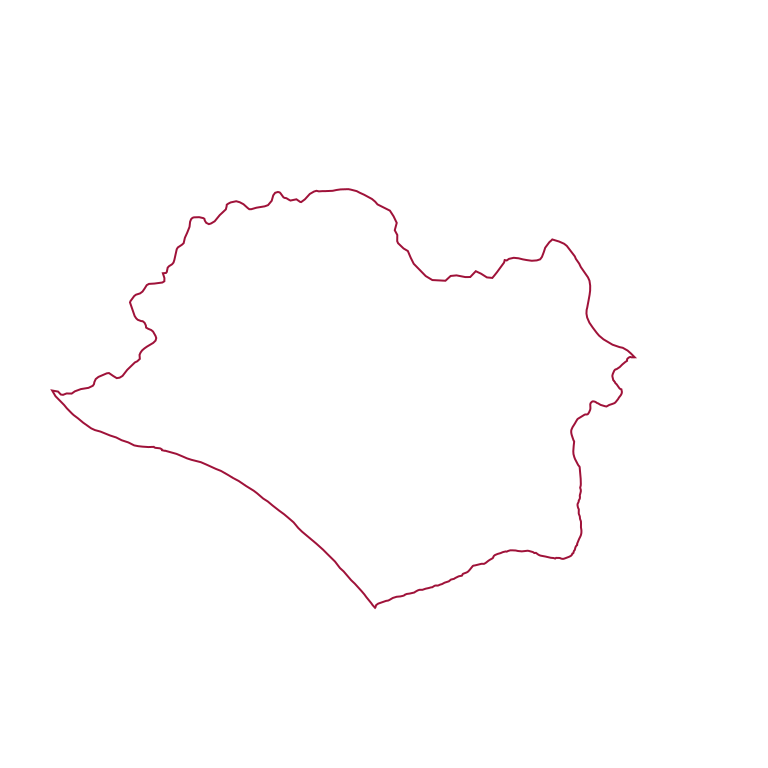 the district of Ngeun, Xaignabouri, Laos, rotated 130°
{"feature_id": "54806243B6650440767024", "entity_name": "Ngeun", "entity_type": "district", "adm_level": 2, "iso_a3": "LAO", "parent_name": "Laos", "parent_adm1": "Xaignabouri", "projection": "robinson", "projection_center": [101.129, 19.732], "detail": "fine", "context": "isolated", "style": "outline", "palette": "rose", "viewbox_px": 768, "rotation_deg": 130, "n_neighbors": 0, "source": "geoboundaries", "source_scale": "gbopen_adm2", "svg_char_len": 6154}
<svg xmlns="http://www.w3.org/2000/svg" viewBox="0 0 768 768"><g transform="rotate(130 384 384)"><path d="M561.2,247.0L560.6,247.0L558.5,247.9L556.0,247.3L548.8,243.0L547.2,241.6L546.1,241.1L542.2,239.7L538.8,237.5L536.3,235.0L534.1,233.3L532.6,232.5L532.1,232.6L531.5,232.3L530.2,231.6L528.0,229.6L524.3,226.8L523.7,226.6L523.1,226.5L520.5,225.5L519.3,224.8L518.6,224.3L518.0,223.5L517.0,222.3L514.0,220.5L511.7,218.7L509.5,217.2L508.7,216.4L506.2,215.6L505.5,215.2L504.7,214.4L504.4,213.8L503.4,212.9L501.7,212.1L499.9,210.9L497.3,209.9L493.5,207.5L490.8,207.0L488.2,205.1L486.8,204.7L483.6,203.3L482.8,202.8L480.9,201.2L480.6,201.1L479.1,201.5L478.5,201.4L475.7,199.8L474.4,199.2L473.3,199.0L471.4,198.9L466.3,199.0L465.5,198.6L464.5,197.7L459.0,193.7L457.9,192.3L457.5,191.8L456.8,191.5L455.7,191.1L452.3,190.4L450.6,189.9L447.7,188.8L446.9,188.8L445.8,189.2L445.2,189.3L444.4,189.2L443.6,189.0L441.1,187.7L438.6,186.0L437.0,185.2L436.1,184.7L434.0,183.1L433.8,182.6L433.5,182.2L432.3,181.7L430.3,180.4L429.0,178.9L426.9,176.1L425.8,174.0L423.6,170.8L419.4,166.8L418.8,165.8L417.1,162.1L416.9,161.2L416.9,160.2L415.7,159.1L415.5,155.9L415.1,154.4L414.7,153.5L412.5,149.6L409.9,144.5L408.3,142.2L407.7,140.7L406.6,140.4L405.2,138.7L404.3,137.5L403.8,135.9L403.1,134.7L402.5,134.1L401.6,133.5L397.5,131.2L395.6,130.4L394.7,130.3L394.0,130.3L393.3,130.5L393.0,130.7L392.7,130.7L392.4,130.4L391.7,130.3L390.5,130.9L389.7,131.2L388.5,131.2L386.0,132.4L384.5,132.7L383.3,132.5L382.9,132.7L382.7,133.1L382.1,133.4L377.4,134.9L374.5,135.6L373.0,136.1L371.3,137.0L369.9,138.1L369.0,138.9L367.2,141.0L363.9,143.7L362.6,144.9L361.4,147.0L360.6,147.9L359.9,148.5L359.2,149.5L358.5,150.9L357.9,151.7L354.8,154.2L354.1,155.7L353.5,156.6L352.3,158.0L351.4,158.6L349.4,159.1L348.7,159.4L348.1,159.9L346.0,160.3L344.5,161.3L344.1,161.9L343.3,162.5L340.9,163.6L339.6,164.3L338.5,165.3L337.7,166.6L337.3,167.1L335.2,168.1L333.9,169.1L330.3,172.3L322.0,180.6L321.6,181.2L321.4,182.7L321.1,183.6L318.7,189.4L317.7,191.2L315.9,193.8L313.8,195.8L310.6,198.1L309.2,199.1L305.9,201.3L305.6,201.7L305.5,202.3L304.9,203.3L304.2,204.5L302.4,207.4L301.6,208.5L300.6,209.6L299.5,210.5L298.6,211.0L295.9,211.8L291.4,212.4L289.3,212.8L286.6,213.2L286.0,213.1L283.6,212.3L278.8,210.7L278.0,210.3L276.8,208.9L276.1,208.5L275.3,208.5L273.5,208.8L271.2,209.5L270.0,210.2L266.9,213.0L265.9,213.4L264.4,213.4L263.3,213.1L262.6,212.3L262.2,211.5L261.8,210.5L261.6,208.4L261.3,207.8L261.1,206.8L260.8,204.7L258.9,200.3L258.2,199.1L255.3,198.0L252.4,196.2L250.4,195.1L249.7,195.0L248.8,194.9L245.1,195.0L243.4,195.3L240.4,195.4L238.6,195.8L237.2,196.6L235.5,198.7L236.0,200.2L235.9,201.1L234.7,205.6L234.6,207.4L234.0,208.6L234.0,209.5L233.7,209.9L233.7,210.8L231.4,213.9L230.7,214.5L229.2,215.2L225.8,216.2L224.5,216.2L223.8,215.9L223.2,215.4L219.5,214.3L215.9,214.0L212.0,213.3L210.0,212.7L209.4,213.3L208.2,213.8L207.1,213.6L206.2,213.4L205.0,212.8L204.4,211.4L202.4,209.1L201.9,214.5L201.8,218.9L202.8,224.4L204.3,227.2L207.0,234.2L208.7,244.6L208.7,250.3L208.1,253.9L206.6,260.4L205.0,266.1L202.5,271.1L199.9,274.2L197.0,276.4L194.9,277.4L188.5,281.0L183.6,283.8L180.0,286.1L176.2,289.2L172.8,293.0L171.2,296.3L167.9,308.4L166.3,311.9L164.8,317.5L163.6,319.8L160.7,332.7L160.8,336.2L162.3,341.4L165.1,348.0L166.5,348.1L169.1,348.5L176.0,348.1L180.2,346.4L185.1,344.7L188.1,344.5L191.1,346.4L194.6,350.0L197.3,354.3L199.3,357.8L201.2,361.7L203.9,365.7L207.8,368.7L210.5,369.4L211.5,371.2L213.8,370.1L225.9,369.3L229.9,369.2L233.1,369.2L236.2,373.7L237.1,380.5L238.6,386.2L246.6,386.7L249.8,390.4L254.2,398.3L258.4,402.4L265.4,403.3L273.3,413.8L274.5,421.4L272.8,438.5L270.1,444.7L266.8,451.2L267.6,456.1L267.1,463.7L266.1,465.7L261.3,469.6L259.3,474.6L252.4,477.8L249.4,484.4L247.4,490.9L250.6,504.4L250.0,508.0L250.0,512.1L251.8,520.9L253.1,525.6L253.8,528.9L256.5,534.5L257.7,536.6L262.8,542.3L265.8,545.0L269.0,547.5L274.5,553.5L275.7,555.0L278.3,557.7L279.4,559.9L281.5,561.3L286.1,563.0L293.4,563.3L297.9,564.4L298.4,565.3L298.8,569.8L303.6,573.6L304.0,575.4L304.4,578.2L305.4,579.9L305.6,581.1L304.4,585.9L304.3,587.1L305.1,588.7L307.5,590.3L310.7,590.1L315.8,587.8L321.5,587.8L324.6,589.6L330.9,595.0L335.5,598.1L336.7,599.6L336.8,601.5L336.6,607.2L337.5,611.4L339.0,614.7L343.5,618.2L345.9,619.2L347.7,619.7L349.2,618.7L351.9,617.4L360.1,618.4L368.2,618.3L372.2,619.7L374.1,620.9L374.8,623.8L374.0,626.3L372.9,627.8L373.1,629.1L375.0,632.8L378.5,636.7L379.8,637.5L381.8,637.7L384.4,636.8L388.6,634.0L394.6,632.0L400.0,630.5L404.9,628.0L407.2,628.3L411.9,629.7L414.0,629.4L423.6,624.4L426.3,623.3L428.5,623.3L431.9,624.4L433.9,624.5L437.8,622.4L439.1,622.4L441.3,624.6L444.0,620.3L446.5,618.3L448.7,619.0L454.7,624.5L458.4,628.4L460.8,629.3L465.1,628.7L468.4,628.4L471.4,629.1L475.0,631.4L477.2,631.9L483.4,631.5L484.8,631.0L492.2,618.7L493.0,616.0L493.1,613.9L491.9,610.5L491.0,609.2L491.0,606.8L492.2,604.1L493.7,602.5L493.3,600.2L492.3,597.0L492.3,594.6L494.0,590.0L495.2,588.0L497.6,586.9L500.8,587.2L507.7,589.6L510.7,590.4L513.7,590.9L516.4,590.7L518.8,590.0L521.7,587.2L525.2,587.6L527.6,588.7L538.2,589.8L545.9,589.5L549.1,590.6L551.3,592.5L551.9,596.5L552.4,601.7L554.0,603.2L562.1,607.3L565.5,608.0L568.7,607.1L570.5,606.1L572.5,605.9L576.9,607.9L582.7,612.9L588.3,616.1L592.1,617.1L595.3,621.1L598.6,622.9L599.8,624.8L599.3,628.8L602.3,634.0L604.5,627.8L605.7,615.5L606.5,611.3L607.2,604.0L607.3,601.7L607.0,596.4L607.0,589.7L606.2,579.8L605.1,575.8L602.7,570.6L599.5,560.7L597.1,554.8L595.7,548.8L593.1,542.3L591.6,535.9L589.6,532.3L587.2,528.7L583.7,523.9L580.1,519.9L580.2,519.2L579.9,518.2L577.3,514.3L577.0,513.2L576.9,512.0L577.4,511.5L576.1,509.0L575.8,508.8L570.9,498.0L568.8,491.2L567.6,487.1L565.8,482.7L561.6,474.0L559.9,468.3L557.1,458.2L555.4,453.1L554.0,445.5L553.0,439.0L551.7,433.0L550.8,424.2L549.5,415.2L549.3,411.0L549.4,402.9L548.7,397.6L548.7,391.2L548.4,382.8L548.0,376.8L548.0,371.8L548.1,364.3L549.4,357.3L549.8,351.9L549.8,333.0L550.1,324.0L550.6,318.6L551.5,307.4L553.3,299.4L553.5,294.5L555.4,283.1L555.7,278.1L557.1,267.9L557.8,263.8L558.6,260.6L560.1,252.8L560.7,250.6L561.2,247.0Z" fill="none" stroke="#9f1239" stroke-width="2"/></g></svg>